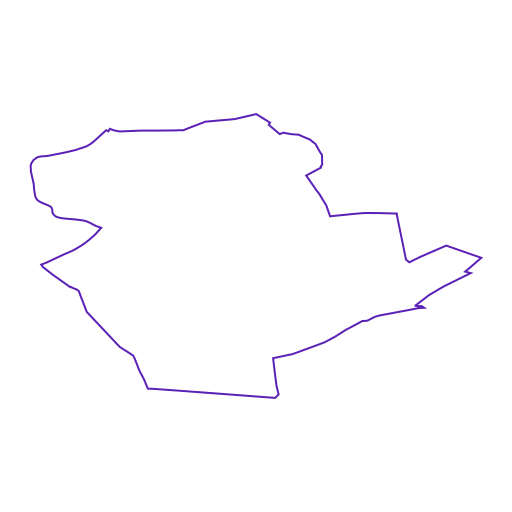 Viesīte, Viesites, Latvia (Equal Earth projection)
{"feature_id": "27541924B78000218360511", "entity_name": "Viesīte", "entity_type": "district", "adm_level": 2, "iso_a3": "LVA", "parent_name": "Latvia", "parent_adm1": "Viesites", "projection": "equal_earth", "projection_center": [25.556, 56.345], "detail": "fine", "context": "isolated", "style": "outline", "palette": "violet", "viewbox_px": 512, "rotation_deg": 0, "n_neighbors": 0, "source": "geoboundaries", "source_scale": "gbopen_adm2", "svg_char_len": 2276}
<svg xmlns="http://www.w3.org/2000/svg" viewBox="0 0 512 512"><path d="M440.0,288.6L444.2,286.2L453.7,281.5L470.7,273.1L465.2,271.6L469.5,268.0L472.4,265.5L481.3,257.8L474.3,255.4L446.2,245.6L438.4,249.0L419.8,257.1L409.3,262.3L406.0,259.6L396.7,214.2L396.8,213.5L394.3,213.5L380.0,213.1L366.7,213.0L363.2,213.1L354.8,213.8L330.1,216.3L326.3,205.4L322.3,198.9L319.3,193.9L316.4,190.3L314.2,187.0L307.9,178.0L306.2,175.5L321.0,167.6L320.7,166.5L322.2,164.7L322.1,161.5L322.0,155.0L321.3,154.0L319.6,151.4L315.6,144.1L309.7,139.4L305.7,137.8L298.5,134.7L291.5,134.2L283.3,132.7L279.8,134.1L268.8,124.9L270.0,122.6L256.2,114.1L234.6,119.1L205.2,121.7L202.8,122.7L188.6,128.1L183.2,130.3L179.3,130.2L176.1,130.4L157.1,130.6L141.2,130.6L126.3,131.2L121.4,131.4L118.6,131.3L113.7,130.3L109.9,128.8L108.3,131.3L106.3,130.2L104.3,131.9L99.8,136.0L95.2,140.2L93.3,141.9L90.8,143.8L88.3,145.3L87.3,145.9L85.3,146.8L81.7,148.0L78.5,148.9L76.5,149.8L67.6,151.9L62.5,153.0L48.3,155.8L45.7,156.1L41.2,156.4L38.1,157.0L37.0,157.5L35.5,158.6L33.6,159.9L31.8,162.6L31.0,164.2L30.7,165.7L30.7,167.5L30.9,169.3L30.8,170.9L33.7,184.0L33.8,185.3L34.0,188.3L34.5,192.0L35.1,195.5L35.9,197.9L37.0,199.6L38.8,201.1L41.1,202.4L44.3,203.8L48.5,205.5L50.8,206.8L51.5,207.7L52.2,209.3L52.4,211.3L52.5,212.7L53.5,214.4L54.7,215.7L56.4,216.8L58.5,217.5L60.7,218.0L62.9,218.3L65.4,218.6L75.8,219.5L83.3,220.5L85.1,220.9L86.7,221.4L89.9,222.8L95.7,225.9L101.2,227.8L99.2,230.0L96.4,233.2L93.9,235.6L91.4,237.9L88.3,240.5L84.4,243.5L80.5,246.1L76.6,248.4L73.8,250.0L71.2,251.3L64.6,254.1L57.3,257.5L51.0,260.5L45.8,262.9L41.2,264.6L42.9,267.0L53.1,275.0L70.2,287.1L70.6,286.8L72.1,287.6L74.0,288.5L75.9,289.1L76.5,289.4L78.4,290.7L78.8,291.1L79.2,292.1L81.3,297.8L84.5,306.0L86.7,311.8L119.7,346.9L133.1,355.5L134.7,358.6L139.3,370.4L144.0,379.4L145.2,382.3L146.5,385.4L147.9,388.7L152.9,388.8L158.5,389.2L232.7,394.7L255.0,396.4L275.2,397.9L278.6,394.4L276.5,385.8L275.4,377.4L273.1,358.2L292.5,354.1L307.1,348.8L317.1,345.1L324.4,342.4L335.4,336.5L345.6,330.0L362.4,321.0L366.9,320.8L369.3,319.7L373.5,317.5L375.3,316.7L379.5,315.5L385.9,314.3L405.7,310.6L419.0,308.0L424.1,307.8L421.7,306.1L417.7,306.1L415.5,305.7L415.6,305.4L428.9,295.2L440.0,288.6Z" fill="none" stroke="#5b21b6" stroke-width="2"/></svg>